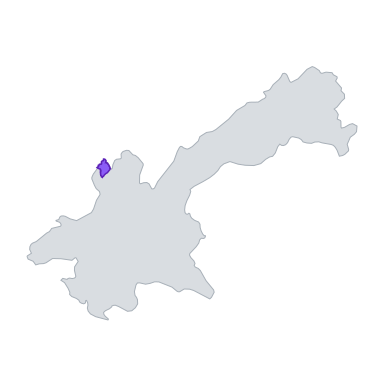 Sopbao, Houaphan, Laos (highlighted), rotated 274°
{"feature_id": "54806243B20736296010663", "entity_name": "Sopbao", "entity_type": "district", "adm_level": 2, "iso_a3": "LAO", "parent_name": "Laos", "parent_adm1": "Houaphan", "projection": "mercator", "projection_center": [104.423, 20.651], "detail": "fine", "context": "in_parent", "style": "filled", "palette": "violet", "viewbox_px": 384, "rotation_deg": 274, "n_neighbors": 0, "source": "geoboundaries", "source_scale": "gbopen_adm2", "svg_char_len": 6072}
<svg xmlns="http://www.w3.org/2000/svg" viewBox="0 0 384 384"><g transform="rotate(274 192 192)"><path d="M129.8,36.4L131.7,40.1L140.9,49.9L142.5,52.5L145.9,54.6L148.7,63.3L149.9,63.8L151.4,63.2L152.6,62.0L153.5,58.6L154.2,58.3L155.2,61.0L157.8,61.9L158.9,63.1L159.2,65.2L158.9,67.3L156.7,72.3L155.4,78.9L164.4,93.1L168.2,95.0L177.1,97.3L183.2,100.5L186.0,99.7L188.7,96.2L191.9,94.2L198.0,91.2L199.7,91.1L203.0,92.3L208.5,95.8L216.8,102.4L216.5,104.1L215.0,105.9L210.6,108.5L209.1,110.1L210.0,110.8L213.7,111.2L218.0,112.7L219.4,114.4L220.1,118.3L220.9,119.1L224.9,118.6L226.1,119.2L227.6,120.4L229.0,123.7L229.0,126.1L225.0,130.4L224.5,133.0L222.4,136.0L216.9,141.2L215.5,141.5L205.3,138.6L197.2,139.0L196.6,140.1L197.9,143.2L198.3,146.3L197.1,148.6L192.4,151.6L192.3,152.9L193.2,154.3L200.0,157.1L221.5,171.7L231.3,174.5L235.6,176.4L236.7,177.4L236.7,178.7L235.5,180.4L234.6,183.2L234.6,184.9L235.6,186.6L237.3,189.1L243.3,194.7L247.8,196.0L252.4,202.3L253.7,207.9L256.0,211.5L267.2,223.5L276.5,230.8L282.0,238.8L284.7,240.6L285.6,243.4L286.3,251.8L289.5,256.0L290.2,257.6L291.6,258.9L293.1,259.1L296.4,256.4L297.1,256.8L298.6,261.2L299.9,262.8L304.8,265.5L310.1,270.8L312.9,272.7L316.4,274.2L316.9,275.9L316.3,277.6L315.1,278.7L309.1,281.8L308.2,283.1L312.3,289.9L322.4,298.2L325.5,303.2L324.8,305.6L322.0,310.5L319.9,311.8L319.4,313.3L320.9,317.3L320.8,323.4L318.8,324.8L317.1,328.6L315.8,328.9L312.7,327.5L306.2,333.9L303.4,333.6L300.2,337.2L296.0,337.7L293.1,335.0L286.9,330.7L284.7,328.0L282.8,330.3L279.5,332.5L274.9,331.8L273.7,335.0L272.8,335.6L267.2,336.1L266.2,336.6L267.1,339.6L270.4,344.5L271.4,347.4L269.3,352.0L263.6,351.9L261.0,350.0L257.7,346.1L250.4,343.5L245.4,345.3L243.9,345.2L240.2,341.8L238.9,339.7L238.0,336.5L243.6,333.9L246.5,331.9L248.4,329.8L249.1,327.6L250.1,318.3L250.9,315.0L250.4,311.0L248.9,307.9L248.9,303.2L249.7,299.3L251.9,297.4L253.3,294.6L254.2,288.5L253.6,286.9L251.4,285.3L247.9,283.9L245.7,282.1L244.7,279.9L244.8,277.9L245.9,276.3L243.2,274.4L236.8,272.4L233.2,269.9L232.4,267.0L229.8,263.3L225.1,258.6L222.7,251.9L222.4,243.2L223.0,236.0L225.0,227.7L222.3,221.8L219.3,218.6L215.2,216.3L211.3,212.9L207.5,208.6L203.1,202.2L197.8,193.7L194.3,189.8L192.5,190.7L188.8,189.9L183.0,187.5L178.0,186.1L173.7,185.9L170.9,186.5L169.6,187.8L169.5,189.1L170.6,190.4L170.0,191.4L167.8,192.1L165.9,193.5L163.9,196.6L162.5,200.7L160.4,202.2L157.1,202.6L153.9,203.8L150.7,205.7L149.2,207.3L149.4,208.3L148.7,208.5L147.1,207.9L146.4,206.6L146.5,204.5L144.8,203.0L141.5,202.3L137.7,200.0L130.5,194.1L128.9,193.9L126.5,195.4L123.4,198.7L120.9,200.0L118.8,199.3L117.3,200.5L116.2,203.5L114.2,205.8L104.5,212.2L95.8,220.4L93.6,221.1L88.3,218.8L86.6,217.2L93.9,200.5L94.9,196.4L94.7,191.0L91.6,186.6L91.5,185.2L92.0,183.9L95.7,178.7L100.0,165.2L99.8,161.0L97.9,156.5L96.8,152.1L97.7,146.1L97.4,143.8L95.3,142.6L88.7,141.5L84.8,142.4L83.0,144.0L80.8,145.1L76.6,145.6L72.6,143.6L69.3,140.2L68.5,136.0L72.6,126.9L73.7,123.5L73.5,121.8L72.8,120.1L71.8,119.9L69.7,117.7L67.6,114.0L65.7,112.2L63.8,112.6L62.1,114.0L59.4,117.5L58.5,117.1L60.9,104.6L63.3,99.2L66.0,96.7L68.9,95.7L71.9,96.1L74.4,95.6L76.5,94.3L76.3,93.6L73.9,93.4L72.9,91.9L73.4,89.3L74.5,87.5L76.2,86.7L77.8,84.0L79.3,79.4L81.2,77.1L83.5,77.1L87.3,75.1L92.7,71.2L94.8,67.4L96.8,69.1L96.1,73.5L97.1,74.4L97.6,76.0L97.3,78.4L97.8,80.5L98.6,81.5L99.8,82.0L105.6,80.2L109.1,80.1L114.8,83.3L118.2,80.9L118.3,80.0L115.5,77.0L116.3,66.0L115.9,57.5L111.2,51.3L110.2,48.8L109.7,44.7L108.4,41.2L111.8,38.4L113.6,33.2L116.0,32.0L116.8,32.2L119.7,36.1L123.3,34.1L126.1,34.1L128.5,35.1L129.8,36.4Z" fill="#d9dde1" stroke="#a8b0b8" stroke-width="1"/><path d="M209.7,108.9L209.8,108.8L209.8,108.7L209.7,108.5L209.7,108.4L209.8,108.3L210.1,108.3L210.3,108.4L210.5,108.3L210.8,108.4L211.1,108.3L211.1,108.2L211.3,108.1L211.5,108.0L211.5,107.9L211.7,107.7L211.8,107.6L212.0,107.7L212.3,107.5L212.4,107.4L212.5,107.4L212.8,107.4L213.0,107.2L213.3,107.0L213.3,106.9L213.5,106.7L213.6,106.4L213.8,106.2L214.0,106.3L214.2,106.2L214.3,106.2L214.5,106.1L214.8,105.9L214.9,105.7L214.7,105.7L214.8,105.4L214.8,105.2L215.0,105.1L215.1,104.9L215.1,104.7L215.3,104.4L215.3,104.2L215.4,104.3L215.5,104.3L215.6,104.2L215.8,104.1L216.0,103.9L216.3,103.9L216.4,104.0L216.5,104.0L216.7,103.9L216.8,103.9L217.0,103.9L217.3,103.9L217.4,104.0L217.6,103.9L217.7,103.7L217.8,103.5L217.8,103.4L218.0,103.3L218.3,103.2L218.5,103.0L218.5,102.9L218.5,102.7L218.6,102.4L218.7,102.2L218.8,102.1L218.8,101.9L218.8,101.7L218.7,101.4L218.4,101.4L218.2,101.4L217.9,101.4L217.7,101.4L217.4,101.4L217.2,101.3L217.0,101.2L216.9,101.1L216.9,100.9L216.9,100.7L216.8,100.4L216.7,100.2L216.3,99.9L216.1,99.7L215.8,99.5L215.6,99.5L215.4,99.6L215.2,99.7L214.8,99.6L214.7,99.6L214.4,99.7L214.4,99.8L214.2,99.8L214.1,99.7L214.0,99.8L213.9,99.8L213.7,99.8L213.6,99.7L213.4,99.4L213.3,99.2L213.4,98.8L213.4,98.7L213.2,98.4L213.2,98.2L213.3,97.9L213.2,97.7L212.8,97.6L212.7,97.5L212.7,97.4L212.4,97.3L212.2,97.3L212.0,97.2L212.0,96.9L212.0,96.7L211.9,96.7L211.7,96.6L211.4,96.7L211.3,96.8L211.2,96.9L210.9,96.7L210.7,96.5L210.6,96.4L210.4,96.2L210.2,95.9L209.9,95.7L209.7,95.5L209.5,95.8L209.4,95.9L209.3,96.2L209.1,96.9L208.7,97.6L208.6,98.2L208.6,98.4L208.6,98.6L208.4,98.8L208.4,99.0L208.2,99.1L207.9,99.2L207.7,99.1L207.6,99.4L207.2,99.5L206.8,99.7L206.5,99.7L206.2,99.6L206.2,99.2L205.7,99.2L205.4,99.1L205.2,99.2L205.1,99.4L205.0,99.5L204.8,99.5L204.6,99.5L204.3,99.6L204.1,99.5L203.9,99.4L203.6,99.4L203.4,99.5L203.2,99.7L202.8,99.7L202.5,99.8L202.3,99.8L202.2,99.8L202.0,100.1L201.8,100.1L201.7,100.1L201.5,100.3L201.4,100.5L201.3,100.8L201.2,100.9L201.1,101.0L201.1,100.9L201.0,101.0L200.9,101.1L201.0,101.1L200.9,101.2L200.7,101.1L200.7,101.3L200.6,101.5L200.8,101.5L201.0,101.8L201.2,102.0L201.4,102.3L201.6,102.7L202.3,103.0L203.4,103.8L204.4,104.8L204.7,105.2L204.8,105.4L205.1,105.8L205.2,106.0L205.3,106.2L205.4,106.3L205.5,106.4L205.7,106.5L206.4,106.9L206.8,107.3L207.1,107.4L207.4,107.6L207.7,107.8L208.1,108.1L208.3,108.3L208.6,108.5L208.9,108.6L209.2,108.7L209.7,108.9Z" fill="#8b5cf6" stroke="#5b21b6" stroke-width="1.5"/></g></svg>